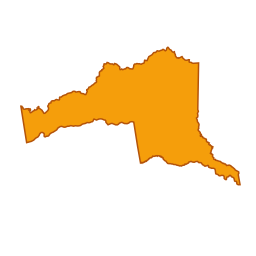 the district of Japurá, Amazonas, Brazil, rotated 171°
{"feature_id": "56859067B39136722056704", "entity_name": "Japurá", "entity_type": "district", "adm_level": 2, "iso_a3": "BRA", "parent_name": "Brazil", "parent_adm1": "Amazonas", "projection": "orthographic", "projection_center": [-68.104, -1.386], "detail": "fine", "context": "isolated", "style": "filled", "palette": "amber", "viewbox_px": 256, "rotation_deg": 171, "n_neighbors": 0, "source": "geoboundaries", "source_scale": "gbopen_adm2", "svg_char_len": 5749}
<svg xmlns="http://www.w3.org/2000/svg" viewBox="0 0 256 256"><g transform="rotate(171 128 128)"><path d="M230.4,166.3L230.4,129.4L225.6,129.9L223.0,130.8L220.8,132.4L218.3,133.3L216.9,134.7L216.0,136.2L214.5,137.2L213.0,136.9L211.9,135.9L211.7,135.4L212.1,133.0L211.9,132.5L210.9,132.2L210.0,132.6L208.3,132.5L207.6,132.7L205.9,134.5L204.1,135.3L202.6,135.6L198.7,137.3L197.3,138.9L194.9,140.0L193.2,140.0L191.0,138.8L189.7,138.7L187.5,139.2L186.0,139.0L184.1,139.3L181.4,138.3L179.7,138.5L177.5,137.9L176.2,137.8L174.5,137.9L172.4,139.0L169.2,139.2L167.7,139.8L165.6,139.3L164.4,139.4L163.3,139.8L162.2,139.8L161.4,140.4L160.5,142.0L160.1,142.1L157.9,140.8L155.3,141.4L153.4,141.3L152.0,140.8L150.2,139.6L149.3,139.4L148.8,138.6L148.9,137.1L148.7,136.7L147.2,134.3L144.1,135.1L142.9,135.0L139.6,133.0L138.0,132.8L136.9,133.2L135.7,134.1L133.7,134.6L132.9,134.4L130.9,133.0L128.2,132.4L126.4,132.8L125.0,133.7L123.1,133.7L121.4,132.9L121.4,108.4L121.1,91.6L120.7,91.8L120.3,91.5L120.3,91.9L120.0,91.6L118.9,91.6L118.9,91.3L118.7,91.3L118.2,91.4L117.7,91.8L117.3,91.7L116.9,92.1L116.2,91.7L116.3,91.8L116.0,92.4L115.6,92.1L114.9,92.3L114.9,92.8L113.2,93.4L112.2,94.4L111.7,94.3L111.2,94.9L110.2,95.1L109.4,95.0L108.4,95.8L108.0,96.3L107.3,96.0L106.3,95.9L105.3,96.2L105.2,96.0L104.6,95.9L104.2,96.2L103.6,96.1L103.3,95.7L103.1,96.0L101.6,95.6L101.1,95.1L100.9,95.3L100.4,94.7L100.4,94.8L99.7,94.3L99.6,94.6L99.2,94.1L98.6,93.7L98.1,93.2L98.2,92.4L97.9,92.2L97.9,91.4L97.4,91.0L96.9,90.1L95.6,89.2L95.3,88.3L94.3,86.8L93.2,86.4L91.7,86.2L90.8,85.7L90.1,85.7L88.3,84.7L86.8,84.5L85.9,83.8L83.8,83.0L83.1,82.5L81.8,82.4L81.1,82.1L79.9,82.6L78.3,82.5L78.0,82.8L77.5,82.9L77.4,83.4L75.8,83.2L74.9,83.7L73.7,84.0L73.1,84.9L72.1,84.9L71.0,85.2L69.9,84.4L68.0,83.8L66.0,84.3L64.6,84.1L63.4,82.7L61.6,82.4L61.1,82.1L60.1,80.1L59.0,79.4L58.4,78.5L57.7,78.2L57.1,78.4L55.9,78.3L54.9,78.6L54.5,78.2L54.4,76.7L53.7,76.2L51.6,75.1L50.0,74.9L49.1,74.4L48.5,73.7L48.4,73.0L48.5,69.1L46.3,67.8L45.7,66.8L44.8,66.4L42.7,66.6L41.2,66.1L40.8,65.5L40.6,64.7L40.9,63.4L40.8,63.0L39.9,61.9L39.1,61.7L38.7,62.1L38.4,63.4L38.0,64.0L36.2,64.2L35.3,65.2L34.4,65.2L33.8,64.6L33.6,63.9L33.3,63.5L32.5,63.2L31.5,62.3L31.2,61.8L31.0,59.0L30.5,58.5L29.3,58.3L29.1,57.7L29.2,56.0L28.9,55.3L27.9,54.7L26.2,54.5L26.4,64.3L26.1,65.4L25.6,66.0L25.6,67.4L28.7,69.8L29.0,70.7L31.1,73.2L31.7,73.5L32.4,74.7L34.0,75.6L34.4,75.4L35.5,75.6L36.4,75.5L37.4,77.2L37.9,77.2L38.9,77.8L39.0,78.2L39.9,78.2L41.2,79.6L41.5,79.7L42.0,80.5L44.1,81.3L44.4,81.7L46.4,82.4L46.5,83.2L47.0,83.2L47.9,83.6L48.2,83.9L48.0,85.3L48.4,85.5L49.0,86.7L48.5,88.3L49.0,88.6L49.3,89.4L49.7,89.3L50.1,89.6L50.0,90.1L50.5,90.3L49.6,91.7L49.5,92.5L48.6,93.7L48.5,94.4L47.6,95.0L47.8,95.4L47.4,95.8L47.9,95.9L47.7,96.3L48.2,96.4L48.1,96.9L49.3,97.9L49.5,98.5L50.0,98.4L50.6,99.0L50.8,99.5L50.1,100.5L51.3,101.5L51.8,101.5L52.6,102.7L52.4,104.5L52.6,104.9L53.4,105.1L53.7,105.6L55.6,106.8L55.6,107.7L56.3,108.4L56.8,108.2L57.7,108.5L57.8,109.1L57.0,109.8L56.6,109.9L56.6,110.3L57.1,110.5L57.6,111.0L57.4,112.2L57.6,112.7L59.0,114.7L58.9,115.8L58.2,116.4L58.1,117.9L57.3,120.2L57.5,121.5L58.4,123.3L58.4,125.3L58.8,126.4L58.8,127.2L57.4,128.0L57.0,129.6L57.1,131.6L55.9,133.4L56.2,135.3L48.1,181.2L53.5,181.7L54.5,182.1L55.3,182.9L57.0,183.4L57.3,183.8L56.8,185.8L57.6,186.0L58.2,185.8L60.1,185.8L61.1,186.3L63.1,188.7L63.1,189.4L63.5,190.1L67.0,189.0L67.5,189.6L68.2,189.4L68.7,189.6L69.8,191.5L69.8,193.4L70.4,194.6L70.2,195.7L70.3,196.1L71.4,195.8L72.0,196.1L72.6,196.7L73.2,198.1L74.6,199.1L75.7,201.3L76.2,201.5L76.8,201.1L77.2,200.7L77.9,199.0L79.0,198.4L79.7,198.9L80.4,199.9L81.2,200.2L82.1,199.8L82.4,199.5L83.7,199.5L85.2,199.0L87.1,199.7L88.9,198.3L90.4,198.5L91.0,198.3L92.8,196.6L96.3,195.2L98.6,191.6L100.0,191.9L100.7,192.4L101.1,192.1L101.7,190.2L102.3,189.5L103.9,189.4L104.7,188.9L105.1,189.0L105.5,189.2L105.9,189.2L106.6,189.7L107.4,189.7L109.2,190.3L110.1,190.0L111.5,190.1L112.5,189.1L112.6,188.3L113.4,186.6L114.0,185.7L114.5,185.6L117.2,186.3L117.5,186.8L118.7,187.8L119.9,187.9L121.1,186.8L122.2,186.9L124.0,186.4L125.0,187.3L125.7,186.9L126.6,186.9L126.9,187.8L126.6,189.1L126.7,189.7L129.2,192.8L129.6,192.8L129.9,193.2L131.1,193.8L132.0,192.7L132.4,192.8L133.2,193.7L135.2,194.0L136.2,194.5L137.2,195.5L138.4,196.0L139.0,195.2L139.8,194.7L141.5,195.1L141.8,194.8L142.0,193.6L142.9,192.7L142.5,190.9L143.4,190.2L144.8,189.6L144.9,188.8L146.2,188.6L147.4,187.7L147.6,187.3L148.1,183.9L148.6,183.7L149.5,183.6L150.1,183.0L151.1,183.0L151.5,182.1L151.5,180.6L152.0,179.7L151.8,178.8L151.9,178.4L152.6,177.8L153.7,177.6L155.3,176.4L156.0,176.0L156.5,176.0L158.8,174.6L160.2,174.4L161.1,172.9L162.7,172.3L162.9,171.5L162.5,170.8L162.6,170.4L164.4,167.7L165.2,167.7L166.7,168.9L168.3,169.3L169.4,170.2L169.7,171.4L171.1,171.7L173.8,171.6L174.7,172.5L176.0,172.8L176.8,172.7L178.3,171.8L182.0,171.6L182.7,171.4L183.9,170.6L185.3,170.5L187.2,170.1L189.2,169.0L190.5,169.2L190.8,168.9L191.2,166.8L191.5,166.5L192.5,166.6L194.4,167.4L196.8,166.4L197.7,166.7L199.1,166.6L199.8,166.1L200.2,164.9L201.5,164.8L202.3,164.4L202.9,163.2L203.8,162.2L203.8,161.8L203.3,160.2L203.7,158.7L204.7,157.6L207.7,155.6L208.7,155.6L209.0,156.0L209.1,156.9L209.8,157.6L210.0,158.8L212.4,161.2L213.3,161.5L213.4,161.9L212.8,162.5L212.8,163.1L213.0,163.2L213.5,163.0L213.5,162.6L214.0,162.0L214.7,161.9L214.4,161.1L215.1,160.5L216.6,160.2L217.1,160.2L217.4,160.6L218.1,159.8L219.3,159.5L221.0,158.5L221.9,158.3L222.1,158.4L222.3,159.1L222.3,160.1L222.8,160.7L221.5,160.8L221.4,161.2L221.7,162.2L222.3,162.1L222.8,162.5L223.4,162.3L223.6,162.7L224.4,162.7L225.8,162.9L226.8,162.7L227.6,162.8L228.4,163.3L228.7,164.1L228.6,164.7L229.1,165.1L229.5,166.1L230.4,166.3Z" fill="#f59e0b" stroke="#b45309" stroke-width="1.5"/></g></svg>